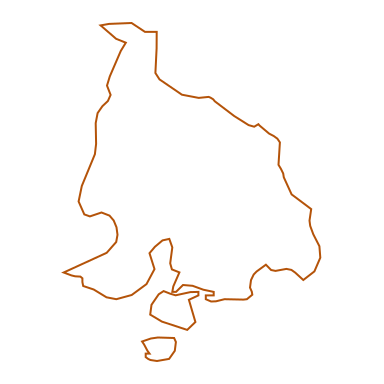 the Department of Valle
{"feature_id": "HND-645", "entity_name": "Valle", "entity_type": "Department", "adm_level": 1, "iso_a3": "HND", "parent_name": "Honduras", "parent_adm1": "", "projection": "mercator", "projection_center": [-87.601, 13.55], "detail": "fine", "context": "isolated", "style": "outline", "palette": "amber", "viewbox_px": 384, "rotation_deg": 0, "n_neighbors": 0, "source": "natural_earth", "source_scale": "10m", "svg_char_len": 1749}
<svg xmlns="http://www.w3.org/2000/svg" viewBox="0 0 384 384"><path d="M89.9,216.4L84.3,214.4L78.6,201.5L81.8,186.0L94.9,154.2L96.1,143.9L95.7,123.1L97.6,113.1L102.4,106.2L107.9,101.0L110.6,94.9L107.0,85.6L109.8,76.4L120.8,50.9L125.8,42.7L116.1,38.8L100.6,25.4L109.1,23.9L131.6,23.0L145.0,31.9L156.7,31.9L156.6,48.4L155.4,73.0L159.5,79.4L181.9,94.7L198.7,97.9L208.7,96.9L210.6,97.7L213.2,99.3L214.8,101.3L234.3,116.1L248.6,125.1L254.2,126.7L258.4,124.2L259.5,125.5L269.1,133.6L273.7,136.0L277.4,138.7L279.9,142.4L278.5,164.8L281.0,169.0L283.2,173.5L283.8,177.3L291.6,194.4L311.2,209.1L309.5,220.6L310.2,225.9L313.3,234.3L319.4,246.2L320.3,257.7L314.4,271.4L303.3,280.0L295.2,272.6L291.4,269.9L286.4,268.9L275.5,270.9L271.1,270.0L265.9,264.7L256.6,271.5L253.7,274.5L251.0,280.1L250.0,287.6L251.8,291.7L252.3,294.7L246.9,299.2L243.5,299.6L224.5,299.2L216.0,301.3L211.1,301.5L205.8,299.2L205.8,295.4L213.7,295.4L213.7,291.9L203.3,289.7L192.6,285.8L183.0,285.0L176.0,291.9L172.3,291.9L173.3,286.4L179.4,272.4L171.9,269.4L170.2,263.3L172.3,247.4L169.3,238.9L162.5,240.4L154.9,246.8L149.5,253.2L154.5,269.1L146.5,284.1L131.7,295.0L116.3,299.2L106.5,297.3L93.7,289.5L83.2,286.0L82.4,282.1L82.4,278.3L80.4,276.6L75.1,276.3L71.4,275.4L63.7,272.5L106.7,252.8L116.2,242.0L117.5,234.8L116.5,227.3L113.7,220.5L109.5,215.6L101.5,212.5L89.9,216.4ZM170.2,293.7L175.6,295.3L190.4,292.1L198.4,291.9L198.4,295.4L188.9,299.8L195.4,322.0L187.2,329.9L161.9,321.6L150.2,314.6L151.5,304.8L158.7,294.3L163.6,291.1L170.2,293.7ZM174.1,338.0L175.9,342.0L174.8,350.8L169.1,358.9L157.0,361.0L150.4,360.0L148.1,358.9L145.7,357.1L145.7,353.6L149.5,353.6L147.4,350.7L144.1,344.5L142.1,341.5L150.9,338.5L157.9,337.5L174.1,338.0Z" fill="none" stroke="#b45309" stroke-width="2"/></svg>